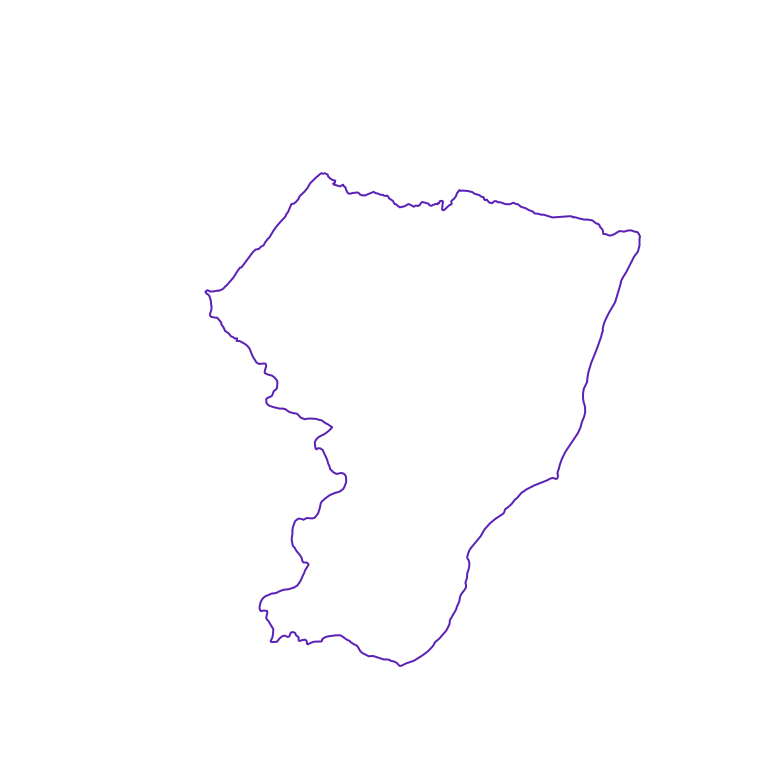 the district of Nakfa, Semenawi Keyih Bahri, Eritrea, rotated 37°
{"feature_id": "51966322B11242853993597", "entity_name": "Nakfa", "entity_type": "district", "adm_level": 2, "iso_a3": "ERI", "parent_name": "Eritrea", "parent_adm1": "Semenawi Keyih Bahri", "projection": "natural_earth1", "projection_center": [38.262, 16.728], "detail": "fine", "context": "isolated", "style": "outline", "palette": "violet", "viewbox_px": 768, "rotation_deg": 37, "n_neighbors": 0, "source": "geoboundaries", "source_scale": "gbopen_adm2", "svg_char_len": 6165}
<svg xmlns="http://www.w3.org/2000/svg" viewBox="0 0 768 768"><g transform="rotate(37 384 384)"><path d="M204.5,309.8L203.7,317.0L203.3,322.8L203.4,327.6L204.3,336.3L203.9,337.9L203.8,342.2L204.4,345.7L203.0,348.8L202.8,351.4L200.5,354.0L199.9,357.7L200.0,376.6L199.0,377.7L199.0,381.8L199.7,389.6L198.9,400.6L198.5,401.6L198.3,404.5L197.7,406.1L195.9,409.1L195.1,409.3L192.3,412.5L189.3,414.9L188.0,414.9L186.6,415.4L185.9,417.3L186.2,418.0L187.6,418.6L189.4,418.4L191.5,418.7L195.6,421.7L198.8,425.3L199.7,425.9L201.6,428.9L202.6,432.1L203.9,433.9L204.6,434.4L205.9,434.2L208.9,432.8L210.9,431.4L217.1,432.9L218.2,434.3L221.2,435.1L225.4,437.3L229.1,437.0L233.3,438.0L235.1,437.4L237.4,437.5L239.2,436.1L240.5,438.2L243.0,436.5L248.7,435.7L252.2,435.8L255.4,436.7L262.4,440.9L269.3,443.6L272.1,443.2L276.0,439.7L277.0,439.2L277.7,439.3L279.1,440.5L280.8,444.9L281.8,446.7L282.4,447.0L285.6,446.3L289.6,444.7L292.9,444.7L296.3,445.6L297.7,446.5L301.0,451.7L300.9,454.3L300.2,455.9L301.6,460.6L300.9,462.7L299.3,465.2L299.1,467.0L301.1,469.5L302.2,470.1L304.0,470.4L305.5,470.4L309.9,468.9L315.6,466.4L317.5,464.8L320.3,463.5L325.1,463.4L329.4,461.7L331.8,460.3L333.1,460.1L337.8,461.0L341.7,459.9L344.9,456.7L348.5,454.2L351.1,452.6L354.0,451.6L355.4,450.8L357.2,450.5L360.8,450.5L363.0,450.0L368.4,449.8L368.7,450.0L368.1,454.5L367.3,457.7L366.2,460.7L363.8,465.4L363.2,468.9L363.6,471.4L364.2,472.7L367.1,475.8L368.5,476.8L369.3,476.8L369.8,475.3L371.6,473.8L374.7,473.6L384.0,478.6L387.9,481.5L389.8,482.4L392.0,484.3L396.7,485.0L400.2,484.4L403.3,480.9L405.2,480.0L407.3,479.9L409.6,481.1L412.9,485.2L414.4,490.5L414.6,492.4L413.3,496.8L410.3,500.6L407.6,505.4L405.9,510.8L405.1,515.2L405.2,517.1L407.3,521.5L409.2,526.9L409.2,532.2L407.8,534.4L403.0,537.5L401.4,540.8L398.9,541.6L396.6,543.1L395.7,546.1L395.7,547.7L397.5,553.4L398.9,556.0L401.0,558.7L403.7,563.6L407.6,567.3L408.8,568.1L411.3,568.6L414.5,570.0L419.7,571.2L423.0,572.5L424.5,573.9L426.5,575.0L427.1,574.9L429.8,573.1L431.8,573.2L432.5,573.8L433.2,581.1L433.9,582.4L434.4,585.5L435.9,591.7L436.0,597.1L434.5,601.1L434.0,601.4L431.3,605.4L428.1,608.3L426.8,610.0L424.5,613.8L424.3,614.7L423.3,616.2L420.4,619.0L416.7,625.6L416.2,629.1L416.9,632.9L418.7,636.8L420.5,638.9L422.0,639.4L422.7,639.1L424.5,637.1L427.3,635.7L428.5,636.9L430.5,641.4L431.3,642.2L434.7,643.0L443.1,646.4L445.8,650.4L447.4,653.6L448.2,657.5L448.6,657.8L449.7,657.6L453.6,654.3L453.7,650.4L454.3,647.3L454.8,646.3L456.1,644.7L459.2,644.0L460.0,643.1L460.2,642.2L459.3,639.1L459.5,638.0L460.3,637.2L461.5,636.5L463.1,636.4L464.9,637.6L467.7,637.6L468.6,638.1L469.9,639.8L470.6,640.2L471.4,639.8L472.9,637.6L475.0,635.6L476.8,635.8L479.0,637.8L480.2,637.4L480.5,636.2L483.0,632.1L488.9,627.3L489.0,626.4L488.3,625.4L488.5,624.0L489.3,621.9L491.0,619.4L496.8,613.7L500.0,611.2L501.7,610.7L508.1,610.6L511.0,609.9L512.7,610.2L516.2,610.0L519.9,609.3L521.5,609.7L525.7,611.6L528.5,611.9L535.7,610.6L538.9,607.8L549.9,604.0L551.9,602.3L554.2,601.1L556.4,600.9L559.0,599.6L561.8,599.0L565.5,599.7L566.4,599.5L567.3,598.8L569.9,593.7L574.5,586.9L578.0,577.7L579.9,571.2L580.7,565.1L580.7,562.6L580.1,559.6L581.4,554.0L582.1,543.6L581.9,541.7L580.8,536.2L578.8,533.1L577.3,520.9L576.2,517.8L574.9,512.2L572.7,507.9L572.1,504.8L572.2,500.5L572.1,498.1L571.6,496.7L570.7,495.4L568.6,493.7L567.3,489.7L566.5,488.1L564.7,485.7L563.0,480.8L561.9,478.5L559.5,475.2L557.3,473.6L555.9,473.3L554.5,472.1L553.1,468.2L552.3,465.5L552.1,462.8L552.8,447.3L551.8,439.8L552.5,431.4L554.1,424.7L557.3,415.6L557.2,414.2L556.4,412.1L556.2,410.7L557.2,407.8L558.1,403.0L558.2,397.3L558.9,394.8L559.2,388.5L561.3,382.2L565.0,374.6L572.1,363.0L574.1,358.8L575.5,357.3L578.4,356.4L579.0,355.8L579.1,354.8L578.4,352.8L577.6,351.9L576.4,351.2L575.4,349.2L574.7,346.5L573.2,343.2L571.2,337.0L569.7,329.1L568.4,306.5L567.2,300.9L564.9,295.0L563.4,289.5L561.9,285.9L558.6,281.6L556.2,279.6L554.5,278.5L551.2,275.2L548.7,271.8L547.0,268.7L546.3,267.0L545.0,260.2L542.2,255.7L540.0,251.2L536.7,242.2L533.1,228.7L528.9,215.3L527.6,212.6L526.9,210.0L525.3,208.0L523.5,204.0L522.3,199.7L520.8,192.0L519.4,179.7L513.2,162.9L511.3,158.7L510.6,154.3L510.1,148.7L507.1,131.8L507.1,125.4L504.7,119.6L500.7,114.3L499.8,112.3L497.4,110.8L494.9,110.2L492.0,111.7L489.6,112.3L488.0,113.2L486.2,114.9L484.2,117.7L480.3,120.0L479.6,121.0L477.6,126.2L475.5,129.2L473.9,130.1L470.9,130.8L469.3,132.0L468.6,132.0L466.6,129.9L465.4,129.2L462.0,128.5L460.8,127.7L458.9,127.2L457.1,128.0L451.9,128.0L447.7,130.1L445.3,132.0L441.1,134.0L436.3,135.8L434.7,137.0L434.6,136.7L432.8,137.3L431.4,138.2L418.3,149.6L409.6,152.7L407.8,154.1L404.4,155.4L401.7,157.1L399.2,156.7L395.2,157.9L391.3,158.4L386.9,160.0L382.6,159.9L380.8,160.9L378.3,161.4L376.1,164.9L372.8,167.2L367.2,169.0L365.7,170.3L363.3,170.5L361.9,172.1L361.6,174.4L359.4,175.6L358.1,175.7L355.4,174.9L354.8,175.1L354.4,176.1L353.6,176.3L352.6,176.1L351.2,174.9L349.6,175.7L346.2,175.9L341.8,177.6L339.0,177.6L335.1,179.3L331.1,181.7L328.7,183.8L327.7,183.7L327.5,184.1L327.5,187.8L328.5,191.0L328.4,194.0L327.7,197.0L328.0,197.9L329.5,199.2L329.7,199.8L328.4,202.4L327.5,208.2L327.0,209.3L326.2,209.8L325.3,209.4L323.1,206.2L321.6,203.2L320.8,202.7L320.0,202.9L318.7,204.1L319.1,206.3L318.3,206.9L318.6,208.1L316.6,209.4L314.5,213.2L312.8,213.9L310.9,213.2L304.9,215.7L304.6,218.1L304.9,219.7L303.9,221.5L302.9,221.8L301.5,223.0L301.3,224.2L300.8,224.6L297.5,224.9L295.2,225.6L293.5,229.7L290.3,233.4L285.3,233.3L284.2,233.9L280.8,232.4L276.5,232.7L273.9,231.6L272.8,231.9L272.4,232.6L270.8,233.6L269.2,233.6L267.5,234.9L264.4,235.6L262.5,236.6L260.1,236.8L255.1,245.2L254.0,245.6L253.4,246.3L251.1,247.1L248.7,246.7L247.6,247.0L244.3,250.0L242.4,252.5L241.0,253.2L239.4,253.0L236.2,251.3L234.9,250.2L232.6,250.2L231.6,249.5L231.0,250.2L230.1,252.4L229.5,252.8L223.6,255.0L222.9,254.5L223.6,252.7L222.6,251.0L220.5,251.9L218.0,252.3L214.6,251.9L213.0,250.7L209.9,251.3L208.7,252.8L207.2,253.3L206.8,254.1L205.3,260.7L204.2,268.4L204.9,273.2L204.7,278.4L203.6,284.8L204.3,287.5L204.2,291.0L203.4,294.3L201.9,295.8L201.8,296.3L203.9,304.6L203.8,307.1L204.5,309.8Z" fill="none" stroke="#5b21b6" stroke-width="2"/></g></svg>